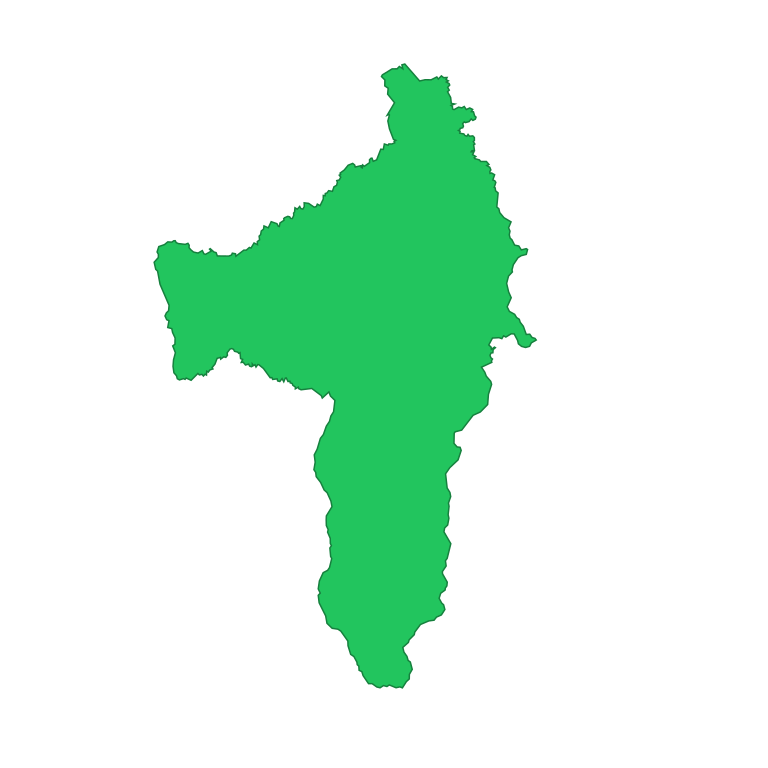 outline of Valdivia, Antioquia, Colombia, rotated 337°
{"feature_id": "7082276B28088679265990", "entity_name": "Valdivia", "entity_type": "district", "adm_level": 2, "iso_a3": "COL", "parent_name": "Colombia", "parent_adm1": "Antioquia", "projection": "mercator", "projection_center": [-75.403, 7.242], "detail": "fine", "context": "isolated", "style": "filled", "palette": "green", "viewbox_px": 768, "rotation_deg": 337, "n_neighbors": 0, "source": "geoboundaries", "source_scale": "gbopen_adm2", "svg_char_len": 6165}
<svg xmlns="http://www.w3.org/2000/svg" viewBox="0 0 768 768"><g transform="rotate(337 384 384)"><path d="M218.7,189.2L219.7,191.6L216.8,204.7L216.9,227.6L214.3,232.4L211.5,233.5L209.0,235.8L209.1,239.9L210.8,241.7L207.0,247.5L210.3,250.1L209.5,254.0L209.7,260.0L207.1,265.7L204.4,266.4L204.2,273.7L199.7,279.5L196.7,285.3L195.0,291.6L196.2,295.3L195.8,298.4L197.3,300.3L201.4,300.7L202.7,302.0L204.2,301.2L207.9,305.2L216.8,301.6L217.6,303.5L220.2,304.0L220.9,306.1L223.1,305.1L224.1,306.4L225.8,303.0L226.9,304.4L229.3,303.0L232.4,303.3L232.2,301.7L236.1,299.7L240.4,295.2L243.8,295.6L243.4,297.3L247.1,296.4L248.8,297.7L251.1,296.4L251.8,294.0L255.8,291.7L257.7,291.9L259.0,293.3L259.2,295.5L261.8,297.5L262.3,299.0L263.7,298.9L261.9,304.6L263.5,306.1L261.0,308.4L262.9,309.0L263.9,312.4L267.2,312.8L267.3,315.0L268.7,316.3L269.7,316.2L270.6,314.1L271.1,316.1L272.8,315.8L272.8,318.4L275.4,316.8L276.3,317.3L279.1,322.6L281.7,333.8L283.3,334.3L283.3,336.3L287.6,337.5L287.3,339.6L289.1,341.0L292.3,339.2L292.6,342.8L295.5,340.0L296.4,340.3L296.6,344.2L298.5,344.8L298.1,346.3L299.7,347.7L299.6,349.6L301.2,352.1L300.5,353.8L303.9,353.4L303.7,355.0L305.4,356.9L315.8,359.9L321.7,370.1L321.7,372.8L330.2,369.8L330.0,374.1L332.4,379.9L326.7,389.9L322.6,392.7L319.2,397.1L314.4,400.3L308.5,406.8L304.2,409.2L297.0,417.9L292.1,422.0L290.1,429.1L286.0,435.5L286.6,438.7L285.4,442.8L287.2,449.8L287.5,458.2L289.2,461.8L289.4,471.0L288.2,476.6L279.4,482.9L277.7,486.5L275.6,491.8L275.7,496.3L274.2,498.3L274.2,505.1L272.3,509.8L272.4,512.3L270.1,513.8L267.5,521.9L267.7,524.2L262.1,531.7L259.3,533.5L254.3,533.9L247.6,540.0L243.4,546.9L243.6,551.6L240.9,552.8L238.8,560.1L239.7,574.7L238.0,582.0L240.8,588.6L245.8,591.7L247.7,594.6L250.3,606.5L248.6,610.9L247.7,619.9L249.8,623.1L250.4,629.4L249.7,631.9L250.6,633.8L249.2,637.8L251.2,640.1L250.8,644.3L252.7,653.8L256.0,655.2L259.0,660.1L261.7,662.1L265.7,661.4L268.5,663.6L271.3,663.1L276.4,668.3L280.3,669.0L282.2,670.9L288.3,666.7L292.0,665.4L293.9,661.2L298.5,657.7L299.6,650.2L298.2,647.8L298.7,643.7L297.6,638.6L298.4,633.8L305.5,631.4L307.2,629.3L313.9,626.6L315.4,624.4L323.6,619.6L332.7,619.6L337.8,621.0L341.2,619.1L346.6,619.0L351.9,615.4L352.6,610.5L351.5,608.2L351.0,602.8L354.4,598.8L359.8,597.5L360.6,595.9L363.0,594.4L364.8,591.1L363.7,581.7L364.4,579.5L370.1,575.8L371.5,570.7L374.0,569.2L383.1,557.1L381.4,543.5L383.6,540.2L387.5,538.7L391.3,532.9L392.0,529.3L396.1,522.0L396.8,518.8L401.4,513.7L402.3,509.6L401.5,504.4L405.6,490.7L411.9,486.7L422.5,482.8L429.1,475.3L429.3,472.0L426.7,470.5L425.2,466.0L429.4,456.7L430.9,455.8L437.5,456.8L453.8,447.6L461.8,447.4L471.4,443.4L476.1,434.3L482.9,426.4L483.3,423.3L481.2,416.7L481.4,412.6L480.3,406.6L491.7,406.2L491.9,404.7L493.6,403.4L492.6,401.5L492.8,398.9L494.7,397.3L496.4,397.8L497.9,395.0L500.7,394.1L500.1,393.2L496.4,394.0L497.0,391.9L495.7,389.0L501.8,384.1L508.0,386.3L510.2,388.3L512.9,386.4L514.5,388.4L520.7,387.5L523.4,388.8L524.0,396.2L523.4,399.5L525.3,403.1L528.6,405.7L532.7,406.2L535.7,403.7L541.3,403.0L540.8,401.0L538.5,399.1L537.6,395.1L534.3,394.0L534.8,385.3L533.5,380.4L533.8,377.3L532.0,374.6L531.5,370.9L527.8,366.2L527.5,361.1L534.8,354.3L534.7,347.9L536.2,339.3L540.8,333.3L546.0,331.0L546.4,329.0L549.7,324.7L556.7,320.1L560.5,319.5L565.6,320.3L568.7,316.3L567.8,315.0L562.8,314.2L562.0,309.6L558.5,307.2L558.1,301.1L557.1,299.0L557.6,295.6L559.7,292.5L559.7,288.9L564.3,284.4L559.4,277.8L557.5,271.4L558.2,267.6L557.0,265.1L563.7,252.7L562.2,249.7L563.0,246.9L562.3,246.1L565.7,242.1L565.4,240.2L563.9,238.7L567.6,234.6L565.5,231.8L563.9,231.6L564.4,229.8L566.0,228.7L566.1,225.9L564.0,223.1L566.4,222.9L565.2,219.2L559.9,216.9L559.4,215.0L555.6,212.0L555.5,210.9L557.4,210.5L555.2,207.5L557.4,205.5L555.0,204.3L556.1,203.6L558.5,204.4L560.0,198.8L561.4,198.6L560.9,195.8L562.4,195.1L563.5,192.4L562.7,190.3L559.5,189.3L558.9,187.1L557.1,188.3L555.5,186.8L555.2,185.0L551.7,182.7L552.7,181.3L551.7,179.7L553.0,179.8L554.0,178.5L556.6,178.9L557.9,177.7L558.2,175.0L560.3,174.1L561.1,175.2L564.8,175.7L567.8,174.1L568.8,176.1L571.6,175.9L573.0,174.3L572.2,172.6L572.7,168.4L570.8,167.4L572.9,165.9L570.8,163.4L567.0,163.5L566.3,159.9L563.5,160.2L560.9,158.3L555.7,158.8L554.6,157.7L555.4,155.3L554.5,153.8L558.5,153.9L555.6,152.0L557.3,146.3L556.7,139.8L558.9,139.0L558.5,135.8L561.3,134.5L561.3,132.8L559.4,130.4L561.7,130.1L560.1,128.0L561.8,126.5L558.6,125.3L557.2,122.8L553.1,124.5L552.6,122.0L546.2,122.4L540.8,120.0L535.2,119.0L528.2,97.6L525.2,97.2L524.5,101.2L522.2,97.7L519.2,99.0L514.6,97.1L503.3,98.8L501.8,100.0L503.6,104.5L501.2,109.9L503.4,113.4L500.6,118.6L503.6,129.2L492.0,137.8L493.9,137.7L494.1,138.5L490.3,143.4L488.7,151.3L488.3,162.5L490.1,164.3L488.1,164.6L488.1,166.2L484.9,166.1L482.2,164.9L481.1,165.8L478.1,163.2L475.0,167.8L472.8,166.6L464.8,174.8L461.1,174.8L461.2,171.4L460.3,171.1L458.3,171.9L457.2,174.6L451.0,175.9L450.0,174.1L448.5,176.6L447.7,175.7L448.3,174.1L442.3,173.0L442.6,171.0L441.4,168.7L436.5,168.6L431.0,171.5L426.0,172.7L425.9,174.2L424.4,174.3L425.0,176.7L422.5,178.7L420.0,178.3L419.9,180.1L418.0,182.6L415.0,182.9L411.8,186.5L408.6,184.4L406.1,185.9L404.4,185.7L403.4,187.7L401.8,186.7L400.3,190.1L394.9,194.8L392.9,192.4L391.0,194.2L388.8,193.9L385.2,188.3L381.3,186.0L379.9,189.6L377.6,191.3L376.0,190.0L375.8,187.6L372.5,189.2L370.9,187.0L368.9,190.7L367.5,191.4L366.9,193.4L364.3,195.9L362.7,195.1L362.5,193.3L361.0,192.1L357.5,192.1L356.3,192.6L356.0,194.2L351.2,195.1L349.2,198.1L348.3,197.4L348.1,194.6L343.6,190.5L338.5,195.0L335.3,191.6L333.6,194.4L330.8,195.2L328.8,198.3L326.8,199.1L325.8,202.7L323.0,203.4L322.0,206.3L319.5,203.4L314.7,206.9L313.4,205.7L309.5,207.0L307.3,206.0L297.6,208.5L298.2,206.1L295.5,204.3L294.0,205.7L291.1,205.6L280.6,201.0L280.8,197.5L279.1,196.1L276.9,191.5L276.1,191.7L276.9,194.2L270.4,194.9L269.1,193.8L268.9,190.2L264.1,190.8L263.0,190.1L260.2,188.1L258.6,184.9L257.8,182.3L258.9,180.1L258.5,177.9L255.6,177.8L249.6,174.4L248.0,172.7L247.8,170.5L246.5,170.0L244.1,170.5L240.5,168.7L236.4,169.9L230.4,169.5L226.7,173.8L227.0,176.4L225.7,179.4L220.0,182.1L218.7,189.2Z" fill="#22c55e" stroke="#15803d" stroke-width="1.5"/></g></svg>